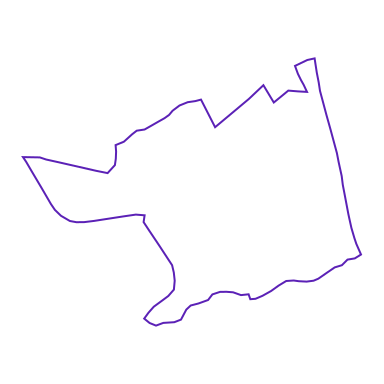 Makadara, Nairobi, Kenya (Albers equal-area conic projection)
{"feature_id": "3690345B46803652809232", "entity_name": "Makadara", "entity_type": "district", "adm_level": 2, "iso_a3": "KEN", "parent_name": "Kenya", "parent_adm1": "Nairobi", "projection": "albers", "projection_center": [36.866, -1.295], "detail": "fine", "context": "isolated", "style": "outline", "palette": "violet", "viewbox_px": 384, "rotation_deg": 0, "n_neighbors": 0, "source": "geoboundaries", "source_scale": "gbopen_adm2", "svg_char_len": 1464}
<svg xmlns="http://www.w3.org/2000/svg" viewBox="0 0 384 384"><path d="M341.7,176.1L338.6,161.9L336.9,153.1L330.6,129.8L328.9,123.7L326.5,115.2L322.5,100.2L320.0,90.9L318.7,82.4L316.8,72.7L314.6,58.4L307.3,60.0L295.0,65.9L297.9,73.8L301.0,80.1L303.6,84.7L307.0,91.9L298.2,91.4L288.3,90.6L273.8,102.5L263.4,85.2L248.8,99.0L215.1,127.2L201.0,99.6L195.3,101.1L187.7,102.2L179.5,105.5L172.6,110.7L169.1,114.9L164.5,118.2L158.1,121.8L151.3,125.7L144.6,129.5L136.7,130.7L132.1,134.3L123.9,141.7L115.6,145.1L116.1,151.6L115.8,158.8L114.9,165.1L107.6,173.1L96.1,170.8L58.8,162.3L46.1,159.5L39.8,157.4L23.0,157.1L26.2,161.9L31.4,170.8L36.5,179.4L41.6,188.0L50.9,204.0L54.9,209.9L61.0,215.8L69.9,221.0L76.4,222.2L84.3,222.1L94.2,220.9L104.5,219.3L123.4,216.4L135.8,214.6L144.6,215.3L143.6,222.1L149.4,230.9L159.2,245.5L167.9,258.8L172.1,265.2L173.8,272.5L174.7,280.7L173.9,289.6L168.3,296.0L162.4,300.4L153.8,306.7L148.5,312.7L144.2,318.6L149.6,323.0L156.0,325.6L163.3,322.9L174.3,322.2L181.0,319.6L186.3,309.6L190.7,305.5L198.4,303.5L208.1,300.0L212.4,294.4L220.0,291.9L226.5,291.8L233.1,292.3L241.0,295.1L248.6,294.3L250.3,299.2L255.5,298.8L262.5,295.8L271.1,291.0L278.6,285.6L286.2,281.0L293.7,280.5L298.7,281.2L306.6,281.6L313.6,280.7L318.3,278.7L327.1,272.6L334.7,267.4L341.9,265.2L347.5,259.6L354.8,258.4L361.0,254.5L356.3,243.8L354.4,238.1L351.4,227.9L349.8,220.7L348.4,214.3L344.4,193.2L342.8,184.9L341.7,176.1Z" fill="none" stroke="#5b21b6" stroke-width="2"/></svg>